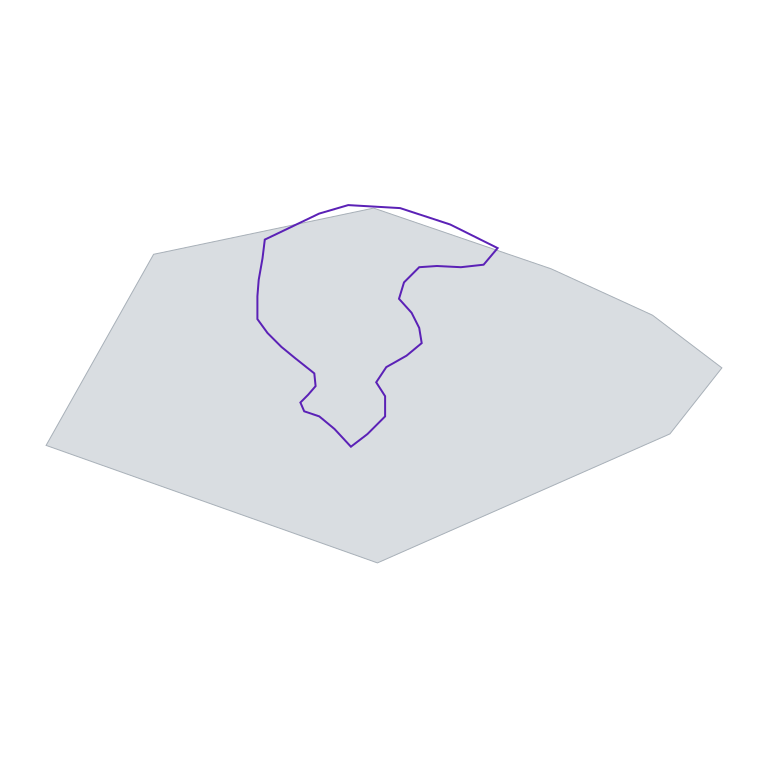 where North West sits in Singapore
{"feature_id": "SGP-4873", "entity_name": "North West", "entity_type": "state/province", "adm_level": 1, "iso_a3": "SGP", "parent_name": "Singapore", "parent_adm1": "", "projection": "albers", "projection_center": [103.808, 1.387], "detail": "fine", "context": "in_parent", "style": "outline", "palette": "violet", "viewbox_px": 768, "rotation_deg": 0, "n_neighbors": 0, "source": "natural_earth", "source_scale": "10m", "svg_char_len": 740}
<svg xmlns="http://www.w3.org/2000/svg" viewBox="0 0 768 768"><path d="M669.9,433.9L377.4,562.9L46.1,445.4L153.6,254.3L373.6,208.1L551.3,268.9L652.5,315.2L721.9,367.9L669.9,433.9Z" fill="#d9dde1" stroke="#a8b0b8" stroke-width="1"/><path d="M264.8,239.6L319.1,213.6L348.2,205.1L400.1,208.1L450.2,224.5L497.6,248.1L483.6,264.7L460.9,267.2L436.9,266.0L419.2,267.2L404.0,282.4L399.0,298.8L411.6,312.8L419.2,327.9L421.7,343.1L406.5,355.7L386.3,367.1L376.2,382.3L385.1,396.2L385.1,416.4L367.4,434.1L350.9,446.7L334.5,429.0L319.3,416.4L304.2,411.3L300.4,402.5L308.0,394.9L315.6,386.1L314.3,373.4L295.3,358.3L281.4,346.9L267.5,333.0L257.4,319.1L257.4,296.3L258.7,279.9L262.5,258.4L264.8,239.6Z" fill="none" stroke="#5b21b6" stroke-width="2"/></svg>